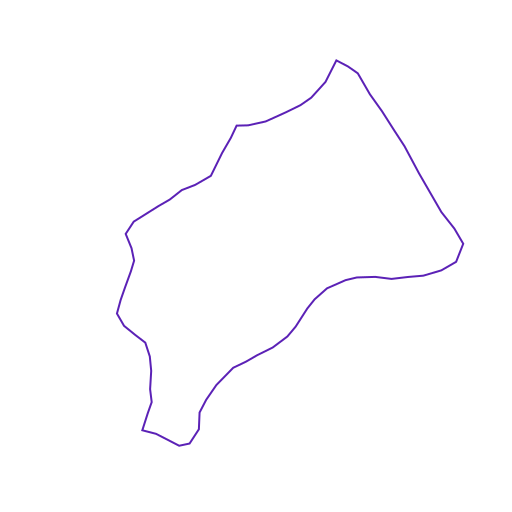 Gastria, Cyprus, rotated 330°
{"feature_id": "46923920B84775184962851", "entity_name": "Gastria", "entity_type": "district", "adm_level": 2, "iso_a3": "CYP", "parent_name": "Cyprus", "parent_adm1": "", "projection": "equal_earth", "projection_center": [33.989, 35.335], "detail": "fine", "context": "isolated", "style": "outline", "palette": "violet", "viewbox_px": 512, "rotation_deg": 330, "n_neighbors": 0, "source": "geoboundaries", "source_scale": "gbopen_adm2", "svg_char_len": 988}
<svg xmlns="http://www.w3.org/2000/svg" viewBox="0 0 512 512"><g transform="rotate(330 256 256)"><path d="M423.4,126.8L403.2,140.0L383.0,146.5L369.9,147.6L353.8,146.5L331.6,144.3L314.5,138.9L304.4,133.4L293.3,141.1L278.2,149.8L257.0,164.0L238.9,164.0L224.7,161.8L209.6,164.0L196.5,164.0L167.3,165.1L154.2,171.7L152.1,187.0L148.1,199.1L140.0,206.7L126.9,217.7L116.8,226.4L106.8,236.3L106.8,241.4L106.8,250.5L111.8,263.6L116.8,275.7L113.8,289.9L107.8,303.1L97.7,318.4L92.6,330.4L83.6,338.1L70.4,350.1L80.5,360.0L94.6,381.9L104.7,385.2L119.9,377.5L128.9,363.3L141.0,355.6L157.2,347.9L180.4,341.4L194.5,342.5L207.6,342.5L224.7,343.6L242.9,341.4L255.0,337.0L274.2,327.1L285.2,322.8L301.4,319.5L321.5,321.7L332.6,325.0L348.8,333.7L361.9,343.6L377.0,350.1L391.1,356.7L409.3,361.1L426.4,361.1L441.6,349.0L441.5,331.5L438.5,310.7L438.5,288.8L438.5,265.8L439.5,235.2L438.5,216.6L437.5,193.6L435.5,172.8L435.5,148.7L430.4,137.8L423.4,126.8Z" fill="none" stroke="#5b21b6" stroke-width="2"/></g></svg>